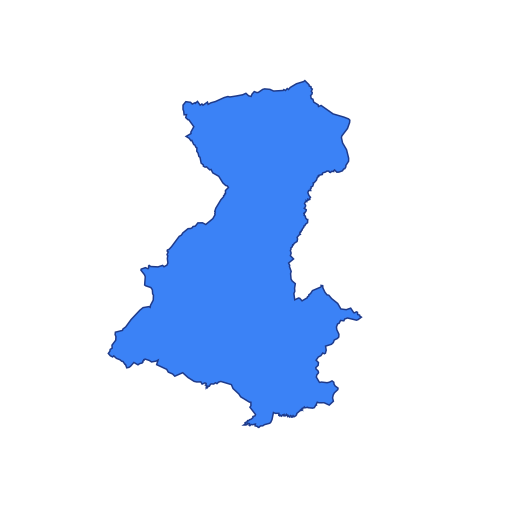 the district of Tak Fa, Nakhon Sawan, Thailand, rotated 38°
{"feature_id": "78962969B50011174142217", "entity_name": "Tak Fa", "entity_type": "district", "adm_level": 2, "iso_a3": "THA", "parent_name": "Thailand", "parent_adm1": "Nakhon Sawan", "projection": "robinson", "projection_center": [100.501, 15.388], "detail": "fine", "context": "isolated", "style": "filled", "palette": "blue", "viewbox_px": 512, "rotation_deg": 38, "n_neighbors": 0, "source": "geoboundaries", "source_scale": "gbopen_adm2", "svg_char_len": 6146}
<svg xmlns="http://www.w3.org/2000/svg" viewBox="0 0 512 512"><g transform="rotate(38 256 256)"><path d="M402.0,309.6L398.4,309.7L396.5,309.0L395.0,307.6L392.8,307.6L391.5,310.3L390.0,312.1L385.1,315.1L384.1,316.4L383.4,316.4L378.1,314.3L377.1,312.2L377.2,309.9L376.8,309.1L375.5,308.3L372.9,308.1L371.8,307.1L372.3,303.9L370.8,301.5L367.5,301.1L367.3,297.2L368.5,294.5L368.3,291.4L370.1,290.9L370.5,289.8L369.3,287.0L366.3,284.2L369.8,279.1L370.2,276.6L369.4,274.0L370.9,270.9L371.1,268.9L369.5,266.6L365.0,264.3L363.1,262.4L362.1,259.3L362.9,257.8L362.3,254.7L365.1,253.0L364.7,251.0L366.3,248.5L374.7,244.7L375.6,243.3L376.7,239.3L374.7,239.4L374.0,238.8L372.2,239.5L370.6,237.9L369.5,238.2L368.6,240.1L367.9,240.5L362.7,238.8L360.2,242.7L355.5,245.5L349.6,243.1L341.8,243.0L337.6,242.1L335.8,242.9L332.6,242.1L328.4,240.0L326.8,238.3L325.4,239.1L326.2,239.9L326.1,240.7L321.8,248.5L322.1,252.1L321.5,254.0L322.2,254.9L321.7,256.5L322.1,257.4L319.9,263.0L316.5,262.4L315.4,262.9L313.5,266.7L309.0,262.3L308.3,259.9L306.2,257.6L304.0,253.6L299.9,253.4L297.8,252.6L294.1,248.6L293.2,246.5L288.8,243.7L288.3,242.6L286.0,241.5L287.4,235.2L282.9,234.6L281.9,232.1L279.7,230.5L279.3,228.9L278.5,228.3L278.9,226.4L278.0,224.6L278.6,224.3L278.3,222.5L279.4,219.3L278.3,217.0L276.9,216.0L277.0,213.0L277.6,211.6L276.5,211.3L276.2,210.6L276.5,209.8L276.1,209.6L276.5,208.9L276.0,207.8L276.4,207.0L275.9,206.3L275.9,203.8L275.3,202.9L275.8,202.1L275.5,200.3L276.1,198.0L274.3,195.4L273.6,195.9L271.7,195.5L270.3,194.2L268.9,194.3L268.3,193.2L267.5,193.0L267.5,192.1L267.9,192.1L267.7,189.6L267.1,188.6L264.6,188.7L264.6,186.7L263.9,185.5L262.0,184.9L261.8,184.2L261.6,182.9L262.2,182.2L261.6,181.6L262.4,181.6L262.0,180.9L262.6,180.2L261.9,179.3L263.1,179.0L263.6,178.3L262.8,177.6L262.8,176.2L260.4,175.7L257.8,174.1L257.2,172.0L258.8,170.7L257.6,169.8L257.7,168.6L256.9,167.7L257.7,166.2L257.1,164.2L256.1,163.2L256.7,162.5L256.9,159.0L255.9,156.2L256.5,154.8L255.7,154.5L255.8,153.8L258.1,150.9L257.5,150.3L257.6,149.1L259.1,147.1L259.6,145.5L261.1,144.3L262.4,144.7L263.3,144.3L263.4,142.8L265.2,141.6L264.7,141.1L264.9,139.8L268.1,140.2L269.7,138.8L271.7,135.6L271.5,133.6L272.2,132.5L271.9,130.4L271.1,129.5L270.6,124.3L268.8,121.9L261.9,116.5L254.6,113.6L250.5,110.2L249.7,108.6L249.6,99.2L247.6,93.2L246.3,91.2L244.5,91.0L239.8,92.4L229.2,96.6L214.6,97.3L213.2,99.7L211.9,98.6L206.7,99.2L204.3,97.4L202.6,97.9L200.3,96.0L200.4,93.9L199.7,92.6L198.2,92.2L197.6,89.8L196.3,89.9L195.0,88.7L193.4,89.3L192.3,88.4L186.5,87.7L186.2,89.1L181.8,95.4L179.2,102.1L179.1,104.8L177.5,104.8L177.3,107.5L175.5,107.7L175.5,108.8L168.3,115.2L164.4,116.1L159.9,119.0L158.7,120.6L157.1,125.7L156.1,126.7L153.4,127.5L153.2,130.8L153.9,133.3L151.6,134.3L147.9,134.0L146.2,137.2L141.8,142.2L137.5,146.8L135.7,147.6L133.4,150.7L128.9,159.3L126.1,163.1L124.9,166.0L123.0,164.6L121.4,169.8L119.8,169.5L119.1,171.5L114.7,170.2L114.2,173.0L113.6,172.8L112.2,175.5L109.8,175.2L105.7,177.6L105.6,182.0L108.2,185.4L109.9,186.4L112.4,189.0L114.2,187.4L115.4,190.2L118.5,190.5L119.3,190.0L127.4,192.4L128.4,198.5L129.4,199.5L127.3,204.8L130.9,204.4L133.7,205.2L134.2,204.4L138.3,206.5L139.4,206.2L141.9,207.4L142.9,207.2L144.8,209.9L147.0,210.6L149.7,212.7L151.1,212.7L155.6,216.6L158.3,216.6L159.2,217.6L161.2,217.3L162.1,216.2L166.5,216.6L167.3,215.5L170.8,217.1L177.6,216.1L184.9,218.8L188.7,219.1L190.3,218.4L192.1,219.0L191.6,223.2L193.6,225.7L193.1,226.5L193.7,227.4L193.4,228.5L194.0,229.2L193.7,233.2L194.9,243.1L196.1,246.3L196.8,246.4L197.4,247.9L198.3,248.7L199.0,253.1L197.0,262.1L193.4,262.8L189.8,265.7L189.8,269.8L188.2,271.6L188.3,273.1L187.6,274.5L185.6,276.3L184.1,282.9L184.4,285.4L183.4,287.8L183.7,300.7L183.4,304.3L182.5,305.8L182.9,306.8L184.3,306.9L185.1,309.8L186.3,310.1L187.7,312.6L190.9,315.8L191.4,318.1L190.1,321.1L188.2,320.9L185.5,324.9L179.5,329.1L177.6,329.2L177.5,330.0L178.7,331.3L178.7,332.5L176.0,333.3L173.6,337.0L174.0,338.0L179.6,339.4L181.5,340.5L186.1,347.4L187.4,347.4L192.5,345.6L195.1,346.4L197.8,349.4L199.3,350.0L202.2,354.1L203.2,359.7L204.2,361.6L202.9,361.7L198.8,366.2L197.9,370.0L196.7,383.0L197.0,392.1L196.1,395.4L196.6,396.8L192.1,402.6L193.3,404.6L195.3,405.8L197.3,408.7L197.4,414.9L199.4,417.2L198.6,419.4L199.5,421.0L199.6,423.7L202.6,424.3L205.2,423.8L205.4,422.3L209.0,422.6L212.7,421.5L215.0,421.6L216.1,421.0L219.5,422.1L219.9,421.8L223.0,423.7L224.5,421.9L225.0,420.2L225.3,415.1L230.0,414.4L230.6,412.4L232.1,410.5L232.2,409.2L231.5,408.7L232.0,407.2L231.4,406.7L232.1,405.5L236.2,404.0L238.9,403.8L242.0,400.3L242.9,398.3L244.6,402.8L255.4,400.3L258.4,401.5L262.9,400.3L266.0,400.7L270.1,393.1L277.2,393.6L284.4,392.9L286.9,391.7L290.0,389.2L292.4,390.1L293.8,387.5L295.2,387.1L295.9,388.2L295.7,388.8L297.3,388.6L298.1,389.3L297.5,390.0L298.1,390.7L298.2,389.9L298.8,389.8L298.6,388.0L299.4,387.3L299.1,385.1L299.6,384.2L301.5,382.9L302.1,380.9L303.8,380.6L304.1,378.5L305.5,376.5L315.8,372.5L319.5,374.6L327.5,375.3L330.6,376.4L340.8,375.2L342.0,374.4L344.2,377.1L344.3,378.9L353.2,381.2L353.6,382.6L352.4,384.4L353.1,385.2L352.7,387.5L351.7,389.0L351.4,390.6L350.7,390.9L351.0,392.1L350.0,394.1L350.9,395.1L350.4,396.7L352.2,395.3L352.3,394.7L351.8,394.5L352.7,394.2L352.5,392.9L353.9,392.1L354.5,393.5L355.6,393.5L355.8,391.8L357.0,391.2L359.0,388.8L359.8,390.4L362.1,389.4L363.2,389.7L363.8,389.3L364.1,387.2L365.9,385.6L366.5,383.7L369.8,379.3L370.0,378.0L369.3,375.0L366.1,368.6L368.1,368.1L370.9,365.9L372.0,367.4L372.6,366.6L373.2,367.3L373.8,366.5L374.6,366.6L374.7,364.9L375.6,363.7L376.1,364.8L376.7,364.0L377.3,364.2L377.5,362.4L378.0,363.0L378.8,361.9L379.7,362.9L380.0,362.0L381.4,362.3L381.5,360.4L383.1,360.4L383.1,361.1L383.7,360.8L383.5,359.0L384.9,359.4L385.7,357.4L385.7,356.1L385.1,355.0L385.9,350.8L386.4,350.3L386.0,349.9L386.7,349.5L386.2,349.5L386.1,348.7L386.9,348.0L386.3,347.5L387.0,346.4L387.0,345.3L387.9,345.6L389.9,343.4L390.4,343.5L394.3,341.0L395.3,339.6L395.0,336.9L395.4,336.3L394.9,336.1L394.3,333.5L396.0,332.9L400.0,329.7L405.5,328.4L406.4,322.8L403.7,320.7L402.4,318.0L402.0,315.6L402.7,310.9L402.0,309.6Z" fill="#3b82f6" stroke="#1e3a8a" stroke-width="1.5"/></g></svg>